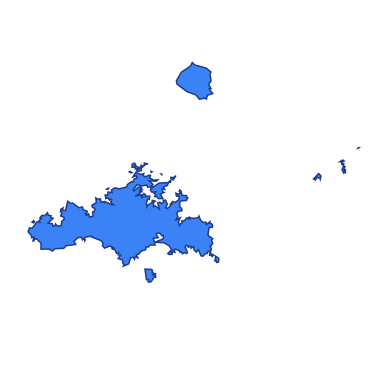 Aotea/Great Barrier Local Board Area, Auckland, New Zealand, rotated 116°
{"feature_id": "76426892B55715625268474", "entity_name": "Aotea/Great Barrier Local Board Area", "entity_type": "district", "adm_level": 2, "iso_a3": "NZL", "parent_name": "New Zealand", "parent_adm1": "Auckland", "projection": "orthographic", "projection_center": [175.362, -36.123], "detail": "fine", "context": "isolated", "style": "filled", "palette": "blue", "viewbox_px": 384, "rotation_deg": 116, "n_neighbors": 0, "source": "geoboundaries", "source_scale": "gbopen_adm2", "svg_char_len": 6068}
<svg xmlns="http://www.w3.org/2000/svg" viewBox="0 0 384 384"><g transform="rotate(116 192 192)"><path d="M238.1,149.1L235.0,149.5L232.7,151.5L233.7,152.2L229.4,150.7L226.7,153.3L224.9,152.8L223.9,158.7L216.5,161.1L214.8,158.3L213.0,158.7L211.9,160.6L212.3,162.4L210.9,162.8L214.9,164.8L213.0,166.2L214.5,168.8L213.4,172.2L210.6,175.2L212.1,175.1L214.4,177.9L216.1,181.9L215.6,183.2L216.7,184.1L217.0,183.8L217.0,183.7L217.4,183.1L217.7,185.4L220.9,186.2L222.6,188.5L223.9,187.3L226.4,188.7L228.3,187.8L224.6,191.2L220.4,191.2L224.0,194.2L220.3,193.8L218.1,196.2L215.7,196.1L213.2,192.8L211.1,194.3L210.9,196.4L206.6,198.5L205.0,198.1L202.0,193.2L199.4,193.5L198.7,192.4L199.7,194.4L197.6,195.2L199.4,199.3L197.1,201.4L199.8,203.2L200.2,206.0L202.5,204.1L201.4,201.6L204.7,200.5L208.7,202.5L208.9,204.9L210.3,205.7L211.6,204.5L212.1,206.2L214.3,205.3L217.6,207.0L217.6,208.9L213.8,208.8L210.9,212.2L212.2,214.1L214.0,213.1L215.8,214.6L215.2,216.1L216.6,218.1L221.6,214.0L220.6,219.0L222.0,220.2L218.1,222.1L216.4,220.9L216.4,222.6L217.0,224.0L219.4,223.3L223.0,226.0L225.2,226.0L221.9,228.3L217.7,228.6L217.2,227.2L214.2,228.2L216.6,231.8L215.1,232.1L214.5,234.3L216.3,235.3L218.5,233.9L219.2,234.8L216.8,236.4L220.6,241.3L216.1,238.2L215.0,238.5L215.2,239.9L213.8,237.3L213.5,239.0L212.0,237.8L212.2,240.0L210.6,238.8L209.9,240.3L211.1,242.4L216.6,244.6L215.6,245.8L209.4,244.6L208.3,239.3L205.6,235.8L207.1,233.8L204.3,229.7L204.2,231.1L202.2,230.4L200.8,235.6L198.0,228.8L196.1,228.1L198.1,231.5L198.0,236.4L195.4,236.6L195.5,237.7L198.9,240.6L198.4,243.3L196.6,243.5L198.5,245.3L199.2,251.1L204.4,251.7L201.8,249.3L203.2,247.6L205.7,249.6L209.2,249.6L209.5,251.1L213.6,253.4L216.0,252.8L221.1,258.8L221.9,262.9L225.4,265.3L227.5,263.4L228.8,267.5L231.8,266.5L232.7,268.7L235.7,266.6L234.1,265.6L235.4,262.7L234.1,262.5L234.0,260.9L237.0,260.4L237.8,256.9L238.8,259.2L238.7,266.0L239.9,265.8L239.7,267.8L241.2,269.1L238.2,271.4L239.8,273.5L239.5,275.9L243.4,273.3L247.9,276.2L249.4,274.5L249.4,272.0L252.4,271.3L253.6,272.6L256.9,270.3L259.5,273.1L257.0,275.3L259.3,276.8L257.7,277.6L258.1,278.2L258.2,278.4L258.1,278.5L257.0,277.3L255.2,277.8L255.6,282.2L253.4,283.9L255.6,286.6L254.3,294.6L255.4,295.9L254.8,299.7L264.2,297.5L265.1,300.6L262.9,300.9L265.0,302.3L267.3,301.6L268.1,299.6L271.2,299.5L270.8,296.4L272.1,294.9L275.6,296.1L279.9,294.9L281.6,298.1L280.5,300.7L282.6,300.4L283.7,301.9L281.8,303.5L283.0,307.7L276.5,305.4L276.9,307.7L275.1,308.3L275.9,310.8L274.0,312.8L278.0,314.0L278.6,316.5L281.9,317.4L281.7,315.7L284.9,316.9L285.8,315.4L286.8,318.2L294.7,319.8L295.5,322.4L299.6,321.9L301.7,316.9L303.3,316.3L301.8,314.0L304.0,313.1L302.2,311.4L304.1,305.3L309.6,302.7L306.0,295.5L306.2,291.5L303.1,290.4L298.9,282.6L295.5,281.6L290.1,273.5L288.0,276.5L283.0,274.5L281.1,271.2L283.0,269.5L278.7,267.3L275.6,262.6L276.5,262.1L275.5,252.3L277.3,249.4L279.6,248.9L280.8,246.0L276.6,242.2L276.2,239.5L276.8,236.6L276.7,240.3L278.2,238.7L277.7,236.2L280.2,232.9L278.5,231.5L280.9,230.7L279.9,228.6L284.1,229.2L283.6,224.5L286.5,222.7L286.8,221.1L288.7,221.2L284.4,217.4L277.9,218.4L276.5,216.0L277.7,214.2L275.3,214.7L274.9,211.8L272.8,214.5L270.7,212.3L267.6,212.0L264.3,208.4L261.3,209.2L260.6,207.1L258.1,206.4L255.8,201.9L250.6,206.6L247.9,202.3L246.2,205.3L244.3,205.4L243.1,202.9L244.5,199.8L243.7,198.9L245.5,197.6L246.9,197.5L253.3,203.2L249.9,194.8L250.4,188.9L252.6,185.0L257.9,186.8L258.2,185.0L257.0,183.3L255.8,183.8L256.1,182.8L254.0,183.8L253.7,180.9L251.6,182.8L250.8,182.2L250.3,178.2L251.4,176.1L250.5,175.5L251.7,173.4L249.8,172.3L249.8,170.1L248.4,169.5L244.4,174.0L242.6,173.8L242.0,171.7L243.2,171.2L241.4,169.0L242.9,168.1L240.3,166.4L243.3,164.7L244.1,161.7L241.0,160.9L245.4,156.0L244.9,154.0L242.0,153.1L240.5,151.7L241.2,151.4L238.0,151.6L238.1,149.1ZM94.5,216.5L91.7,221.7L90.7,220.3L88.2,224.3L83.9,223.5L78.1,227.6L75.9,227.5L74.4,233.4L76.6,245.2L75.5,248.5L79.8,248.7L89.0,254.1L98.9,254.8L101.6,252.7L104.0,240.4L103.0,230.7L105.4,226.1L102.2,221.8L102.2,219.8L98.2,220.5L94.5,216.5ZM210.7,215.2L207.8,219.7L204.6,216.9L204.5,218.8L202.4,220.0L201.8,217.6L200.0,219.8L197.0,217.1L193.8,217.1L198.3,225.4L207.0,230.5L208.7,230.2L209.7,227.9L207.8,224.8L209.9,225.4L210.0,223.3L212.4,223.5L211.7,221.1L212.7,219.5L210.7,215.2ZM284.5,187.3L282.6,188.4L283.3,190.6L281.6,189.4L282.0,192.6L279.8,193.1L279.4,194.6L281.9,200.5L290.8,194.5L289.8,192.6L292.6,191.9L291.2,191.9L291.8,190.8L290.2,189.3L284.7,188.8L284.5,187.3ZM124.4,82.3L121.1,83.1L119.9,86.3L127.0,88.5L127.1,86.3L124.1,86.0L123.4,83.3L124.4,82.3ZM243.4,137.5L240.0,138.8L239.3,142.5L243.9,141.2L243.2,140.3L244.5,138.9L243.4,137.5ZM192.3,248.1L190.4,247.0L190.1,249.4L194.2,249.4L195.0,250.5L193.8,250.9L195.8,252.1L195.5,250.9L197.9,250.8L195.2,247.0L192.3,248.1ZM107.4,62.6L105.3,63.6L106.7,64.1L105.0,64.1L105.0,65.3L101.5,65.7L102.8,66.2L102.0,67.0L105.9,67.1L108.3,64.2L107.2,64.1L107.4,62.6ZM193.4,252.4L193.5,254.9L192.5,254.4L191.2,256.3L193.2,258.0L196.1,256.7L193.4,252.4ZM189.4,214.2L184.3,213.6L187.4,215.1L188.0,217.4L189.1,216.9L189.4,214.2ZM239.3,143.7L239.2,147.9L238.6,149.3L241.1,148.4L240.0,146.8L241.2,145.6L239.6,145.3L239.3,143.7ZM185.9,243.9L187.0,247.5L189.5,246.6L187.5,245.8L185.9,243.9ZM289.2,322.6L289.2,320.8L287.8,320.4L287.2,321.7L289.2,322.6ZM97.5,68.8L97.2,70.5L99.9,72.3L98.8,69.7L97.5,68.8ZM192.8,215.7L191.2,215.8L191.0,216.6L193.0,217.2L192.8,215.7ZM100.3,68.0L100.6,69.0L99.6,70.6L101.3,69.7L101.6,68.5L100.3,68.0ZM304.0,313.8L305.7,313.5L305.1,312.6L304.0,313.8ZM196.0,202.4L195.6,203.9L196.9,203.9L197.3,203.0L196.0,202.4ZM201.4,257.2L201.6,255.7L200.9,254.6L200.6,256.5L201.4,257.2ZM281.9,267.8L282.9,267.0L281.8,267.0L281.9,267.8ZM226.9,269.9L226.3,268.7L225.3,268.5L225.9,269.6L226.9,269.9ZM191.4,238.0L192.2,237.4L191.3,236.8L191.4,238.0ZM79.8,62.0L78.9,61.4L79.1,62.0L79.8,62.0ZM189.4,227.7L189.7,226.8L189.1,227.0L189.4,227.7ZM195.3,253.2L196.0,253.1L195.7,252.5L195.3,253.2ZM108.2,63.5L107.5,63.2L107.4,63.5L108.2,63.5ZM99.7,69.0L100.1,68.9L99.7,69.0Z" fill="#3b82f6" stroke="#1e3a8a" stroke-width="1.5"/></g></svg>